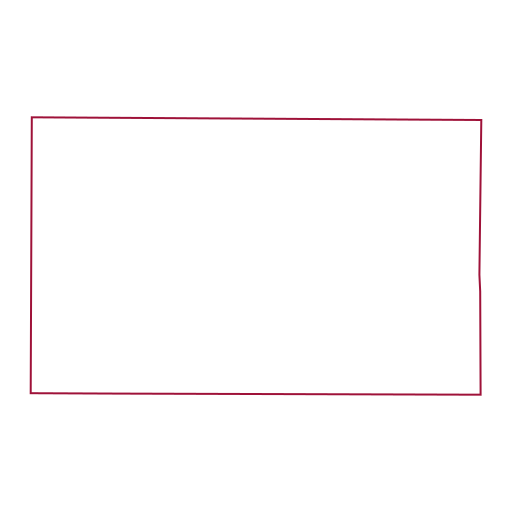 McPherson, Nebraska, United States of America
{"feature_id": "52423323B32100052326403", "entity_name": "McPherson", "entity_type": "district", "adm_level": 2, "iso_a3": "USA", "parent_name": "United States of America", "parent_adm1": "Nebraska", "projection": "robinson", "projection_center": [-100.944, 41.568], "detail": "fine", "context": "isolated", "style": "outline", "palette": "rose", "viewbox_px": 512, "rotation_deg": 0, "n_neighbors": 0, "source": "geoboundaries", "source_scale": "gbopen_adm2", "svg_char_len": 233}
<svg xmlns="http://www.w3.org/2000/svg" viewBox="0 0 512 512"><path d="M480.6,394.7L480.2,291.6L479.4,274.7L481.3,120.0L396.7,119.5L31.8,117.3L30.7,393.2L119.9,393.6L480.6,394.7Z" fill="none" stroke="#9f1239" stroke-width="2"/></svg>